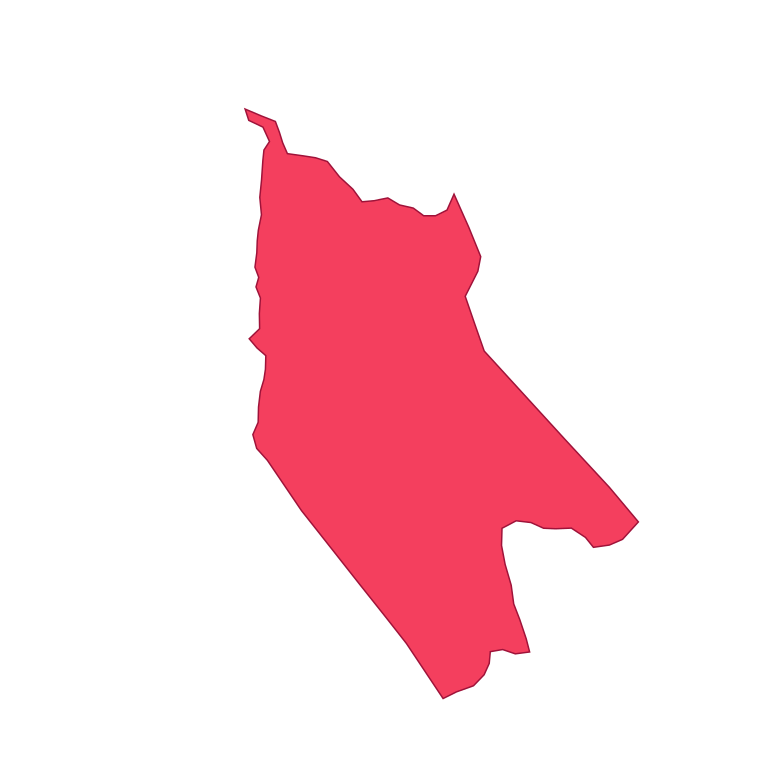 the district of Mendes, Rio de Janeiro, Brazil, rotated 134°
{"feature_id": "56859067B47602698199945", "entity_name": "Mendes", "entity_type": "district", "adm_level": 2, "iso_a3": "BRA", "parent_name": "Brazil", "parent_adm1": "Rio de Janeiro", "projection": "robinson", "projection_center": [-43.745, -22.531], "detail": "fine", "context": "isolated", "style": "filled", "palette": "rose", "viewbox_px": 768, "rotation_deg": 134, "n_neighbors": 0, "source": "geoboundaries", "source_scale": "gbopen_adm2", "svg_char_len": 1250}
<svg xmlns="http://www.w3.org/2000/svg" viewBox="0 0 768 768"><g transform="rotate(134 384 384)"><path d="M198.8,465.5L215.1,459.5L227.2,463.8L235.4,472.3L237.1,485.1L244.4,497.2L247.5,510.5L259.2,518.6L268.2,526.4L265.5,541.6L265.9,559.9L263.3,579.3L268.8,590.4L276.0,600.6L285.4,613.5L280.9,624.4L275.6,634.1L270.6,644.5L276.6,659.0L282.7,674.9L288.3,664.4L283.3,649.5L289.1,634.8L299.1,632.9L307.5,626.3L322.2,613.9L336.0,603.0L347.4,589.7L360.7,581.2L369.1,574.6L377.9,566.7L389.6,558.0L394.3,548.2L403.1,543.5L408.0,532.6L419.9,522.6L430.6,511.9L445.1,512.4L446.3,500.3L445.7,488.7L455.8,479.5L464.2,473.5L475.2,467.8L487.7,458.3L499.0,447.9L511.5,443.2L518.8,430.8L519.9,414.9L532.4,355.4L536.0,328.6L545.1,261.7L550.4,221.4L553.5,198.9L555.1,187.5L569.2,123.0L555.1,118.0L538.9,110.0L523.6,110.0L511.9,114.2L502.7,121.6L492.6,114.2L486.9,102.1L475.6,93.1L468.5,104.7L459.1,122.8L452.1,137.9L440.4,152.7L429.6,171.6L418.5,187.3L405.8,198.9L390.6,193.9L381.6,182.1L376.9,169.0L368.9,160.0L357.5,149.1L354.4,132.5L356.0,119.9L343.3,110.0L330.0,104.5L306.5,105.2L301.8,149.8L298.1,216.0L290.7,334.8L277.2,361.6L264.5,386.5L249.3,391.2L237.7,394.8L225.2,402.9L212.5,431.6L198.8,465.5Z" fill="#f43f5e" stroke="#9f1239" stroke-width="1.5"/></g></svg>